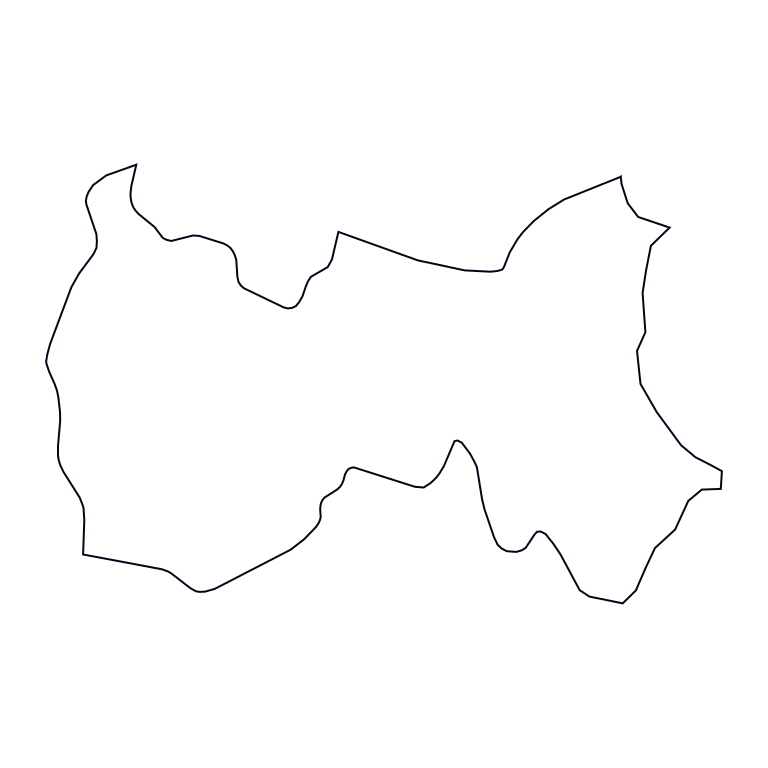 an SVG outline of Mahdia
{"feature_id": "TUN-116", "entity_name": "Mahdia", "entity_type": "Governorate", "adm_level": 1, "iso_a3": "TUN", "parent_name": "Tunisia", "parent_adm1": "", "projection": "equal_earth", "projection_center": [10.61, 35.335], "detail": "fine", "context": "isolated", "style": "outline", "palette": "ink", "viewbox_px": 768, "rotation_deg": 0, "n_neighbors": 0, "source": "natural_earth", "source_scale": "10m", "svg_char_len": 2111}
<svg xmlns="http://www.w3.org/2000/svg" viewBox="0 0 768 768"><path d="M620.8,176.7L621.5,183.8L627.7,203.2L638.2,217.0L669.6,227.6L650.9,245.8L646.1,270.2L642.6,292.9L645.4,332.3L637.0,350.9L640.5,383.9L656.8,412.2L681.1,445.3L695.4,457.2L712.5,466.0L721.9,471.2L720.8,488.9L701.8,489.6L688.3,500.9L675.1,529.6L655.0,548.0L645.4,568.4L635.9,590.4L622.8,603.3L621.9,603.2L589.5,596.6L579.7,590.2L560.6,554.6L553.3,543.7L545.5,534.0L540.7,531.5L537.0,531.8L534.4,534.7L525.7,547.8L521.8,550.3L516.4,551.9L506.7,551.2L501.5,548.4L497.6,544.7L494.0,537.1L484.6,509.6L482.1,499.4L476.9,467.2L474.4,461.7L470.1,453.8L461.9,442.8L457.6,440.5L454.5,441.2L443.8,466.3L439.4,473.5L436.8,476.9L433.7,480.2L430.5,483.1L423.7,487.5L415.0,486.8L353.9,467.4L351.0,467.9L348.3,469.2L346.5,471.6L345.0,474.5L343.4,480.5L342.0,483.8L340.1,486.8L337.0,489.6L324.3,497.7L322.2,500.5L320.9,503.6L320.3,507.0L320.2,510.4L320.7,516.5L320.4,518.5L319.7,520.7L318.3,523.6L316.0,527.0L304.3,539.1L290.8,549.6L214.7,588.9L205.2,591.6L199.9,591.9L195.9,591.3L190.3,588.1L171.0,573.2L167.6,571.3L162.0,569.3L83.1,554.5L84.3,519.7L83.5,507.9L82.4,504.4L79.7,497.6L63.4,471.8L60.3,465.3L58.5,459.2L58.1,456.3L58.0,454.5L58.0,445.9L60.2,420.8L60.0,411.7L58.3,396.9L56.9,390.3L54.7,384.2L49.2,371.7L46.8,364.8L46.1,361.5L47.3,354.4L50.1,344.0L71.4,287.1L79.1,273.5L93.4,254.2L96.5,247.8L96.9,241.1L96.4,234.2L86.3,204.2L85.9,200.6L86.7,196.4L88.6,191.9L93.1,185.1L106.3,175.4L136.3,164.7L131.3,186.2L130.5,193.6L130.7,198.4L131.6,203.0L133.3,207.3L135.7,210.8L138.5,213.9L154.6,227.1L162.7,237.8L166.4,239.8L171.3,241.0L192.9,235.5L199.2,235.9L223.3,243.4L227.2,245.4L230.5,248.0L233.0,251.5L234.9,255.4L236.3,260.1L237.4,276.9L238.5,281.9L240.8,285.5L244.0,288.3L283.7,307.4L287.8,308.4L292.0,307.9L295.8,306.2L299.2,302.0L302.4,296.5L305.9,286.2L308.0,281.3L310.9,276.8L327.7,267.1L330.6,262.0L332.1,258.9L338.4,231.9L417.9,260.4L464.8,270.4L490.5,271.7L497.4,271.0L502.2,269.6L504.0,266.9L509.7,252.5L517.3,239.5L522.9,232.2L533.8,221.0L548.6,209.1L564.1,199.5L620.7,176.8L620.8,176.7Z" fill="none" stroke="#020617" stroke-width="2"/></svg>